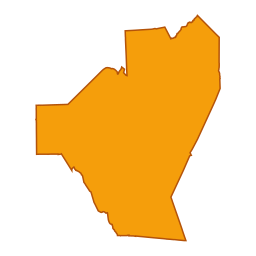 outline of General Treviño, Nuevo León, Mexico
{"feature_id": "50627088B5673549327791", "entity_name": "General Treviño", "entity_type": "district", "adm_level": 2, "iso_a3": "MEX", "parent_name": "Mexico", "parent_adm1": "Nuevo León", "projection": "equal_earth", "projection_center": [-99.45, 26.212], "detail": "fine", "context": "isolated", "style": "filled", "palette": "amber", "viewbox_px": 256, "rotation_deg": 0, "n_neighbors": 0, "source": "geoboundaries", "source_scale": "gbopen_adm2", "svg_char_len": 5198}
<svg xmlns="http://www.w3.org/2000/svg" viewBox="0 0 256 256"><path d="M36.2,105.3L36.3,107.2L36.2,108.7L36.3,110.9L36.3,112.6L36.3,119.0L36.0,119.1L35.9,119.4L35.9,119.5L35.9,119.8L36.3,120.2L36.4,120.5L36.3,122.2L36.4,122.4L36.4,128.9L36.5,138.6L36.5,142.1L36.6,154.3L39.5,154.2L41.5,154.2L45.6,154.2L47.7,154.2L48.0,154.3L48.2,154.2L51.3,154.1L53.0,154.1L55.5,154.1L56.7,154.1L58.0,154.0L58.1,154.5L61.0,154.1L61.3,154.0L61.4,153.9L71.8,170.5L71.8,169.8L72.0,169.1L72.2,168.5L72.6,168.1L73.1,167.7L73.7,167.1L74.0,167.1L74.3,167.9L74.4,168.2L74.5,168.4L74.7,168.8L74.8,169.1L75.3,169.5L75.5,169.8L75.7,170.3L76.5,170.6L76.5,170.4L77.6,171.0L78.3,171.4L79.1,171.8L80.3,172.9L80.5,173.0L80.8,173.1L81.1,173.8L81.3,174.2L81.4,174.5L81.5,174.7L81.5,174.8L82.2,175.2L82.3,175.4L82.4,175.5L82.7,176.6L83.2,178.8L83.5,180.3L83.8,181.7L83.8,181.9L83.8,182.1L84.0,182.4L85.1,183.9L85.6,184.8L86.1,185.6L88.3,188.9L89.7,191.1L90.3,191.5L90.5,191.7L90.8,191.8L91.0,192.0L91.1,192.3L91.2,192.7L91.3,193.1L91.6,194.0L92.0,195.4L93.5,200.5L94.0,202.3L94.1,202.5L95.0,204.2L96.7,207.7L97.3,208.9L98.0,210.4L98.1,210.7L98.3,210.8L98.5,211.0L98.8,211.2L99.6,211.7L100.1,211.8L100.5,212.1L100.8,212.3L101.4,212.4L101.9,212.3L102.5,212.0L102.6,211.9L102.8,211.7L103.0,211.7L103.8,211.7L104.2,211.8L104.4,211.9L104.6,212.0L105.3,212.6L105.7,213.0L105.9,213.1L106.0,213.1L106.3,213.1L106.6,212.9L106.9,212.8L107.1,212.8L107.2,212.7L107.3,212.7L107.4,212.8L107.5,213.0L107.6,214.0L108.1,217.8L108.4,220.0L108.9,221.5L109.2,222.2L109.4,222.7L109.7,223.1L110.1,223.6L110.5,224.0L111.2,224.1L112.2,224.5L112.2,225.5L112.3,225.6L112.6,226.0L112.8,227.5L112.9,228.3L113.0,228.4L113.0,228.5L113.7,229.4L113.9,229.4L114.1,229.5L114.3,229.7L114.4,229.9L114.5,230.6L114.9,231.2L115.6,231.9L115.8,232.0L115.9,232.3L116.3,233.0L117.1,234.0L117.5,235.3L117.5,235.5L118.1,235.5L118.7,235.5L119.5,235.5L120.1,235.6L120.5,235.8L120.9,235.6L121.1,235.6L121.4,235.6L121.9,235.6L122.4,235.6L123.4,235.6L123.7,235.6L123.8,235.6L124.0,235.6L124.4,235.6L126.6,235.6L126.9,235.5L127.6,235.3L128.1,235.2L128.4,235.2L128.3,235.3L128.3,235.5L128.4,235.8L131.7,235.9L133.2,235.9L135.6,236.3L135.6,236.0L140.3,236.5L141.6,236.6L142.7,236.7L145.7,237.0L153.0,237.7L158.6,238.2L163.1,238.6L165.9,238.9L166.2,239.0L170.5,239.3L173.6,239.6L174.7,239.6L179.1,240.1L179.4,240.1L184.4,240.6L185.9,240.6L184.5,236.7L183.0,232.3L182.5,230.8L182.3,230.1L181.3,227.1L177.1,215.0L175.3,209.9L173.5,204.7L173.4,204.4L173.0,203.2L172.6,202.2L172.3,201.1L171.6,199.1L170.9,197.1L183.2,170.7L189.7,155.8L191.3,155.3L191.0,154.8L190.8,154.3L190.7,154.0L190.6,153.7L190.4,153.5L190.3,153.3L190.1,152.8L190.1,152.6L192.0,149.6L197.5,139.2L213.4,104.6L215.9,99.0L220.1,88.5L219.8,79.5L219.7,79.1L219.8,78.9L220.0,78.8L220.1,78.4L220.0,78.2L219.9,77.9L219.9,77.5L219.8,77.3L219.9,77.1L220.0,76.8L219.9,76.4L219.8,75.8L219.7,75.3L219.6,74.5L219.6,73.4L219.3,72.5L219.1,71.9L218.7,71.3L218.6,70.9L218.6,70.5L218.8,69.8L218.9,68.7L219.1,67.7L219.2,65.9L219.2,64.3L219.2,63.5L219.1,62.5L219.1,61.3L219.1,59.9L219.2,37.3L215.5,33.7L197.4,15.4L197.2,15.7L197.1,16.3L196.9,16.7L196.7,16.8L196.2,17.1L195.8,17.6L195.6,17.8L195.3,18.0L195.2,18.1L194.8,18.5L194.7,18.7L194.4,18.9L194.3,19.0L194.2,19.1L194.1,19.3L194.1,19.5L194.1,19.9L194.0,20.1L193.9,20.2L193.6,20.2L193.4,20.2L193.2,20.3L192.9,20.5L192.8,20.9L192.9,21.0L192.8,21.3L192.7,21.6L192.2,21.7L192.1,21.8L191.9,22.0L191.7,22.4L191.5,22.5L191.2,22.6L190.9,22.6L190.7,22.6L190.5,22.4L190.3,22.3L190.0,22.1L189.8,22.1L189.7,22.1L189.4,22.2L189.3,22.3L189.1,22.5L188.9,22.7L188.6,22.6L188.2,22.7L188.1,22.9L188.1,23.2L188.0,23.3L187.9,23.4L187.7,23.7L187.5,23.9L187.4,24.1L187.3,24.4L187.2,24.8L187.2,25.0L187.0,25.3L186.9,25.5L186.6,25.9L186.1,26.4L185.8,26.5L185.4,26.6L185.0,26.6L184.8,26.7L184.4,26.7L184.1,26.7L183.7,26.8L183.3,26.9L182.9,26.9L182.6,26.9L182.2,26.9L181.9,27.0L181.6,27.4L181.4,27.9L181.3,28.1L181.1,28.3L181.1,28.5L181.2,29.1L181.1,29.4L181.0,29.6L180.6,30.0L180.4,30.3L180.2,30.6L180.0,30.8L179.8,31.1L179.5,31.3L179.3,31.5L178.9,32.0L178.6,32.3L178.4,32.6L178.2,32.8L178.0,33.1L177.8,33.4L177.4,33.5L177.2,33.5L176.9,33.9L176.9,34.3L176.8,34.5L176.7,34.9L176.6,35.2L176.5,35.6L176.3,35.9L176.1,36.1L175.8,36.1L175.7,36.2L175.6,36.4L175.5,36.5L175.7,37.0L175.5,37.4L175.3,37.4L175.2,37.5L174.9,37.5L174.6,37.5L174.2,37.5L173.8,37.8L173.6,38.1L173.3,38.2L173.0,38.3L172.1,38.4L172.0,38.2L171.9,38.1L171.6,38.1L171.1,38.6L170.9,38.8L164.8,27.1L162.5,27.6L158.8,28.3L156.2,28.9L155.3,28.6L155.0,28.5L154.7,28.6L154.4,28.6L153.8,28.8L151.9,29.2L142.0,29.8L134.5,30.3L130.8,30.5L125.2,30.8L125.4,36.6L125.5,37.6L125.5,40.0L126.2,55.7L126.7,69.8L127.0,75.6L126.0,75.3L123.6,72.7L124.5,69.2L121.7,67.0L121.5,67.8L121.2,68.5L120.9,69.4L119.3,71.3L118.9,72.1L118.4,73.4L118.3,73.6L118.0,74.0L117.9,74.1L117.7,74.1L117.5,73.9L117.3,72.7L117.3,72.1L116.7,71.3L115.8,70.4L114.4,69.2L113.1,68.7L112.0,68.5L111.8,68.6L111.7,68.6L111.4,68.7L111.1,68.7L110.6,68.3L110.0,68.0L108.9,67.8L107.2,67.6L106.7,67.7L106.0,67.8L105.6,68.0L104.2,68.9L103.3,69.5L102.9,69.9L102.2,70.5L97.2,75.5L67.9,104.4L42.9,105.2L40.3,105.2L40.2,105.3L39.9,105.2L36.2,105.3Z" fill="#f59e0b" stroke="#b45309" stroke-width="1.5"/></svg>